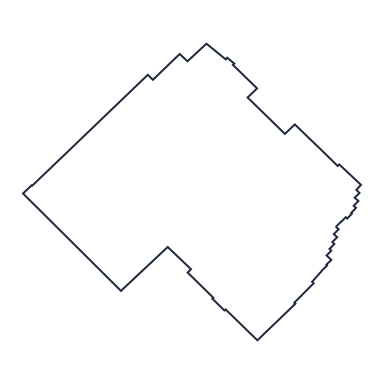 the district of Olavarría, Buenos Aires, Argentina
{"feature_id": "61730980B42812082725449", "entity_name": "Olavarría", "entity_type": "district", "adm_level": 2, "iso_a3": "ARG", "parent_name": "Argentina", "parent_adm1": "Buenos Aires", "projection": "robinson", "projection_center": [-60.4, -36.859], "detail": "fine", "context": "isolated", "style": "outline", "palette": "slate", "viewbox_px": 384, "rotation_deg": 0, "n_neighbors": 0, "source": "geoboundaries", "source_scale": "gbopen_adm2", "svg_char_len": 879}
<svg xmlns="http://www.w3.org/2000/svg" viewBox="0 0 384 384"><path d="M23.0,193.5L121.0,290.9L123.6,288.4L167.7,247.0L191.0,269.2L187.6,272.5L213.4,297.8L212.4,298.7L224.4,310.5L225.6,309.4L249.5,332.7L257.4,340.3L295.4,303.7L294.3,302.7L313.6,283.3L312.1,281.8L321.9,270.8L322.1,270.3L327.1,265.4L326.4,264.6L331.3,259.9L326.6,255.5L331.3,250.5L329.5,248.9L334.4,244.0L332.3,242.1L337.2,237.2L333.8,234.1L338.7,229.2L336.3,227.2L336.4,226.3L340.8,221.9L341.0,222.0L345.8,217.2L347.2,218.5L351.9,213.7L351.1,213.1L356.0,207.8L353.7,205.8L358.4,201.0L354.7,197.7L359.5,193.0L356.3,189.9L361.0,184.9L339.2,164.4L337.7,166.0L323.1,151.7L294.8,124.4L284.9,133.9L247.6,97.5L257.1,88.4L232.9,64.9L234.3,63.6L227.2,57.7L225.8,59.4L206.4,43.7L187.5,61.3L179.7,54.0L152.9,79.8L147.8,74.8L62.9,156.3L32.2,185.7L31.7,185.3L23.0,193.5Z" fill="none" stroke="#1e293b" stroke-width="2"/></svg>